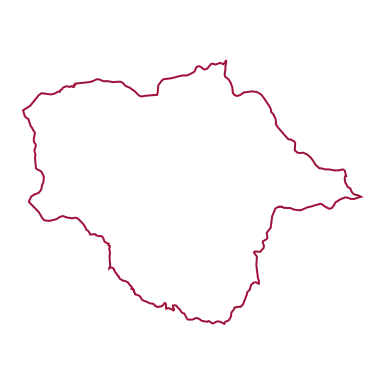 Baiut, Maramures, Romania (Albers equal-area conic projection)
{"feature_id": "2599482B43457010112871", "entity_name": "Baiut", "entity_type": "district", "adm_level": 2, "iso_a3": "ROU", "parent_name": "Romania", "parent_adm1": "Maramures", "projection": "albers", "projection_center": [24.002, 47.618], "detail": "fine", "context": "isolated", "style": "outline", "palette": "rose", "viewbox_px": 384, "rotation_deg": 0, "n_neighbors": 0, "source": "geoboundaries", "source_scale": "gbopen_adm2", "svg_char_len": 5928}
<svg xmlns="http://www.w3.org/2000/svg" viewBox="0 0 384 384"><path d="M134.0,291.7L134.0,292.0L134.4,292.3L134.6,292.7L134.8,292.9L135.1,293.7L135.1,294.0L135.2,294.4L136.6,294.7L138.2,295.3L139.7,296.1L141.1,297.9L141.6,299.3L142.2,299.8L144.2,300.9L146.1,301.5L149.6,303.2L152.0,303.6L152.6,303.7L153.2,303.9L153.7,304.0L154.9,305.8L155.5,305.7L156.3,306.6L156.7,306.8L158.6,307.0L158.8,306.7L159.4,306.5L159.9,306.4L160.7,306.5L161.4,306.3L163.1,305.2L163.4,304.9L163.6,304.3L164.8,302.9L165.2,303.1L165.8,303.9L165.9,304.1L166.1,304.8L166.1,306.0L165.8,307.5L166.2,308.7L167.9,308.1L168.1,308.3L168.6,308.4L169.7,308.5L170.8,309.0L171.9,309.4L173.5,310.4L174.0,309.7L174.1,309.2L173.2,307.6L172.9,306.4L173.0,305.7L173.1,305.4L175.0,305.3L176.0,305.5L176.8,306.1L177.8,307.8L179.2,308.7L180.0,309.8L180.5,310.6L181.2,311.4L181.4,312.0L182.1,312.8L183.8,313.3L184.5,313.9L186.6,318.0L187.1,318.8L187.8,319.5L188.6,319.6L192.1,319.6L193.0,319.4L194.6,318.7L195.6,318.1L196.3,318.0L198.1,318.4L199.8,319.4L201.9,320.9L202.9,321.1L204.5,321.3L206.7,321.7L207.3,321.7L208.3,321.1L209.1,321.1L209.9,321.9L212.2,323.3L212.9,323.3L213.7,323.1L214.7,322.7L215.8,322.0L216.6,321.7L217.4,321.4L218.1,321.3L221.0,322.1L223.5,323.4L224.0,323.9L224.3,323.9L224.6,323.3L224.6,322.8L224.8,322.4L225.3,321.9L226.9,321.1L228.1,320.7L228.5,320.5L230.2,318.3L230.5,317.1L231.1,316.3L231.1,314.7L231.3,313.1L231.9,311.8L233.3,310.3L233.9,309.3L234.7,307.5L235.6,307.5L236.6,306.9L237.2,307.1L238.0,307.0L238.2,306.8L240.6,306.8L240.7,306.5L241.6,306.0L242.5,305.1L243.3,303.7L246.2,296.2L246.6,295.4L247.3,292.3L248.1,291.2L249.2,290.4L250.3,288.5L250.5,286.5L251.1,285.0L251.5,284.4L252.4,283.8L253.3,282.8L255.0,282.4L255.9,282.2L258.0,283.3L258.3,283.7L258.8,283.8L258.8,283.6L258.9,281.9L258.8,280.5L258.3,279.0L258.0,278.4L257.7,277.3L257.7,276.6L257.7,276.0L257.6,274.8L257.6,274.4L257.3,273.4L257.3,272.3L256.5,266.8L256.4,264.9L256.9,256.5L254.6,253.6L254.0,252.2L255.0,251.5L260.3,251.8L263.7,247.8L263.9,245.5L262.7,242.6L262.9,241.3L266.7,239.1L267.4,237.2L266.7,232.8L270.7,227.7L272.2,216.1L275.4,208.5L277.8,207.1L278.5,207.0L279.4,206.6L279.6,206.7L279.3,207.0L279.7,207.0L280.7,206.6L281.0,206.6L281.3,207.0L282.6,206.9L282.8,207.0L283.4,207.7L284.0,207.9L285.7,207.8L287.9,208.1L289.6,207.9L290.3,208.1L294.1,209.6L294.8,209.7L298.7,210.2L300.6,210.1L301.5,210.0L306.9,207.5L311.6,206.4L315.8,205.0L317.9,204.5L319.0,204.4L319.7,203.9L320.3,203.8L321.7,204.2L322.6,204.7L323.8,205.7L325.0,206.5L326.6,207.5L327.6,207.8L328.4,208.5L329.1,208.7L330.0,208.7L331.6,208.1L332.2,207.7L332.9,206.5L334.3,204.9L334.6,203.9L335.4,202.4L336.7,201.7L339.6,199.7L341.7,198.7L342.8,198.4L345.4,197.4L346.0,197.4L348.0,197.8L351.0,199.0L352.3,198.8L353.5,199.0L355.1,198.7L359.2,197.2L361.0,196.8L359.6,196.0L357.5,195.2L355.6,194.8L355.0,194.5L354.4,194.5L353.3,193.7L352.2,192.5L351.6,191.5L351.1,190.6L350.6,188.9L350.2,188.4L347.8,187.0L347.4,186.4L346.6,184.6L345.6,183.2L344.9,180.6L344.8,178.9L344.8,178.1L344.9,177.3L345.1,176.6L345.4,176.0L346.1,176.0L344.8,170.6L343.5,169.6L342.5,169.5L338.3,170.4L334.5,170.4L328.4,169.3L324.8,169.3L321.4,168.3L319.5,168.3L315.9,165.2L311.4,158.3L307.3,154.5L303.2,152.7L299.6,153.0L297.5,152.7L294.8,150.3L295.2,143.4L294.5,141.6L291.3,139.7L288.3,139.3L278.0,127.5L275.7,124.0L276.1,122.6L275.5,118.6L273.3,114.2L271.2,112.0L270.8,109.1L269.2,106.1L264.3,98.6L261.3,94.6L256.9,92.0L251.8,91.4L243.7,92.5L239.9,95.2L236.6,96.0L234.3,94.7L232.9,93.1L232.3,87.4L230.8,83.0L228.4,79.2L225.1,76.6L224.6,74.1L225.2,70.7L225.4,69.3L225.5,68.5L225.3,67.4L225.5,65.6L226.0,63.4L226.3,60.1L225.0,62.2L223.2,64.2L220.1,62.8L215.6,64.6L212.7,63.6L210.8,64.2L207.3,68.6L204.8,69.5L203.7,69.2L200.9,67.0L198.6,66.1L196.5,67.1L194.4,71.7L189.9,74.2L186.4,75.5L183.3,75.4L180.4,75.9L171.6,78.2L163.3,79.3L161.3,81.2L158.3,85.4L157.8,91.6L157.2,94.8L145.2,95.8L141.7,96.5L139.2,95.7L134.9,91.4L129.7,87.7L125.4,85.9L122.7,82.8L120.8,81.8L117.9,81.7L113.3,82.2L107.2,81.1L103.8,81.3L98.4,79.2L96.6,79.4L91.9,81.5L87.6,82.3L75.3,83.6L75.2,84.9L74.0,85.0L74.0,86.0L73.8,87.0L73.2,87.0L72.2,86.3L71.5,86.1L71.2,86.2L70.6,86.7L70.0,86.9L66.4,86.2L63.1,87.7L62.6,88.1L61.8,89.5L61.0,90.0L60.4,90.1L60.1,90.5L60.0,91.5L59.7,91.8L59.4,91.5L57.7,91.7L55.8,93.0L52.9,94.1L50.4,94.4L41.6,93.2L38.7,95.2L30.3,105.7L23.0,110.3L24.8,116.2L26.4,117.9L28.4,119.0L30.7,126.2L31.9,127.5L33.2,130.3L34.5,131.7L34.9,133.3L33.8,138.8L33.9,141.7L35.7,144.5L35.8,145.9L34.4,150.6L35.4,154.3L35.0,158.5L36.0,168.2L37.0,169.3L39.8,170.5L41.6,172.0L43.9,176.8L43.4,182.0L41.8,186.2L41.6,188.3L40.6,190.5L38.6,192.9L34.1,194.6L31.2,196.6L29.2,200.9L29.0,202.0L38.9,212.2L42.3,218.2L44.3,220.3L49.3,220.9L56.4,219.2L59.0,217.4L62.7,216.0L68.0,217.8L70.3,217.9L71.7,218.4L75.6,217.7L76.9,218.0L79.4,220.0L82.7,223.5L83.6,224.4L85.9,228.3L86.3,229.8L87.0,230.1L88.2,231.0L88.8,231.8L89.6,233.2L90.2,234.6L94.0,234.2L95.5,234.3L96.0,235.2L97.8,235.9L100.4,236.2L101.6,236.2L101.9,236.3L102.8,237.3L103.6,239.0L104.2,240.9L104.4,241.3L105.9,242.6L108.7,243.8L108.3,244.5L108.2,244.9L109.9,246.1L109.9,246.7L109.4,247.9L109.2,249.5L109.6,250.2L110.0,253.5L109.5,256.3L109.7,258.2L109.6,260.0L109.7,261.2L110.1,262.5L110.0,263.3L110.2,265.2L110.1,265.9L110.0,266.8L109.2,268.2L109.2,268.4L109.3,268.3L109.9,267.7L110.2,267.5L111.1,267.5L111.9,267.6L113.8,268.7L114.3,270.6L114.9,271.2L115.5,272.8L115.9,272.9L116.5,273.5L116.8,273.9L117.0,274.7L118.0,275.7L118.6,276.1L118.6,276.8L119.0,277.1L119.7,278.6L121.0,279.5L122.2,280.1L123.1,280.8L124.0,280.8L125.5,281.1L127.6,282.3L128.1,282.5L128.5,283.4L128.7,283.5L128.9,283.9L129.4,284.3L129.5,284.7L129.8,284.8L129.9,285.1L130.2,285.5L131.3,286.5L131.8,286.8L131.9,287.3L131.9,288.0L131.5,288.5L131.4,288.8L131.5,288.9L131.9,289.0L132.4,289.5L133.0,289.2L133.0,289.4L133.3,289.7L133.4,289.9L133.8,290.0L134.1,290.3L134.1,291.2L134.0,291.7Z" fill="none" stroke="#9f1239" stroke-width="2"/></svg>